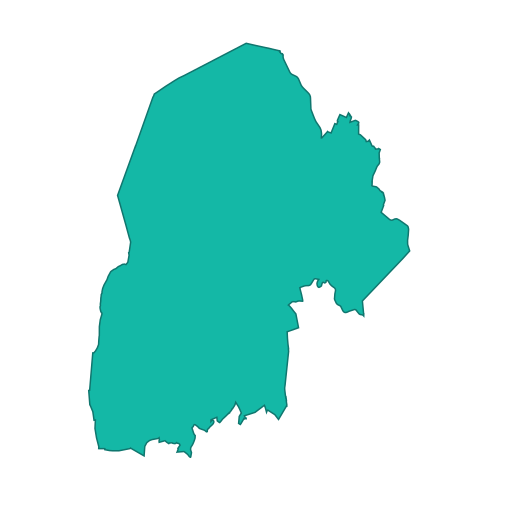 the district of Boxtel, Noord-Brabant, Netherlands, rotated 96°
{"feature_id": "6326949B40744758531983", "entity_name": "Boxtel", "entity_type": "district", "adm_level": 2, "iso_a3": "NLD", "parent_name": "Netherlands", "parent_adm1": "Noord-Brabant", "projection": "robinson", "projection_center": [5.329, 51.589], "detail": "fine", "context": "isolated", "style": "filled", "palette": "teal", "viewbox_px": 512, "rotation_deg": 96, "n_neighbors": 0, "source": "geoboundaries", "source_scale": "gbopen_adm2", "svg_char_len": 5947}
<svg xmlns="http://www.w3.org/2000/svg" viewBox="0 0 512 512"><g transform="rotate(96 256 256)"><path d="M464.0,392.3L463.4,386.2L464.4,386.1L464.8,381.3L464.7,378.3L464.0,371.8L460.5,360.6L460.2,360.6L466.5,346.4L457.0,346.7L453.0,345.1L450.9,342.9L450.4,342.2L449.4,340.1L447.6,334.0L446.9,333.4L448.6,332.9L449.0,332.9L450.0,333.1L451.4,332.8L449.2,327.2L450.5,325.4L451.7,323.1L451.0,322.6L451.0,322.4L450.6,320.2L450.6,319.8L450.8,319.6L451.0,319.1L451.1,317.2L450.8,316.3L449.9,315.4L450.3,315.1L450.6,313.3L451.0,312.4L451.7,312.0L452.2,311.8L455.5,313.6L456.1,313.2L459.3,314.0L459.1,313.4L459.1,313.2L459.0,312.5L458.0,307.3L458.1,306.9L460.5,303.2L462.4,301.4L462.7,300.9L463.0,300.4L463.0,300.1L462.6,299.9L458.3,299.6L455.6,300.8L453.6,300.9L452.5,300.5L450.3,299.4L448.2,298.7L446.1,298.1L443.7,297.6L442.9,297.6L440.9,297.7L439.9,298.8L438.5,299.6L433.7,301.7L433.2,301.5L432.6,300.9L432.1,300.6L430.4,300.0L430.2,299.8L430.1,299.5L430.2,298.7L431.8,296.1L433.3,294.4L433.5,293.9L434.0,291.9L434.5,289.7L434.9,288.6L436.0,287.0L436.0,286.5L435.7,286.1L434.0,286.2L433.2,285.8L432.5,285.1L430.4,283.7L429.3,282.6L428.3,281.8L427.2,281.0L425.9,280.6L425.2,280.6L424.5,280.8L424.2,281.2L424.0,281.8L423.9,282.5L424.0,282.9L424.3,283.2L425.0,283.3L425.3,283.5L424.4,283.6L423.7,283.4L423.5,283.5L420.5,278.1L424.0,277.3L425.5,274.9L425.4,274.6L423.7,273.4L421.7,272.2L420.8,271.4L418.4,269.3L415.3,266.8L415.5,266.7L414.8,265.9L414.6,266.0L412.0,264.3L410.4,263.7L410.4,263.4L407.0,261.7L405.9,261.3L403.6,260.9L407.8,257.6L410.4,256.0L413.7,254.2L417.3,255.9L423.7,255.8L424.3,255.8L425.2,254.0L424.4,253.5L419.4,251.2L419.6,251.1L418.7,249.4L418.9,248.9L418.3,248.8L418.0,249.9L416.1,250.8L411.6,240.6L403.6,232.1L405.8,230.9L410.3,229.2L408.2,228.6L408.1,228.3L408.1,228.0L411.8,220.7L416.2,216.5L402.4,210.2L402.3,209.7L401.3,209.9L401.1,209.7L396.8,210.8L396.7,210.6L393.4,211.4L393.6,211.6L390.7,212.4L386.2,213.4L384.2,213.7L381.3,213.6L376.1,213.6L365.7,213.6L347.4,213.6L345.0,214.1L344.9,213.9L340.3,215.0L334.6,216.1L328.1,217.1L322.9,206.2L309.4,210.3L306.7,213.0L304.2,215.3L302.2,217.5L301.6,218.3L301.4,218.7L301.1,218.5L299.2,216.6L298.2,215.7L297.9,215.3L297.5,214.5L297.5,213.2L297.4,212.6L297.5,212.4L297.6,212.1L297.3,211.1L296.5,209.6L296.2,208.3L296.1,204.9L295.2,204.9L289.9,206.6L283.2,209.1L283.1,208.9L282.9,209.0L282.2,207.9L280.7,204.7L280.3,203.3L279.9,200.5L279.4,199.4L278.8,198.8L277.9,198.2L273.6,196.2L272.9,195.7L272.5,195.1L272.4,194.4L272.7,191.1L274.6,192.1L276.6,192.5L277.5,192.4L279.2,191.9L280.3,191.0L280.6,190.4L280.6,190.0L279.8,188.7L278.9,187.8L276.3,187.4L275.7,187.2L275.2,186.7L275.1,186.4L275.6,184.9L275.4,184.4L274.8,183.7L273.4,183.6L273.1,183.5L272.9,183.1L273.0,182.2L273.6,181.4L276.1,179.6L277.4,178.1L278.1,177.1L279.5,174.6L280.3,173.8L281.1,173.5L282.1,173.3L285.5,173.6L288.8,173.5L290.4,173.5L291.4,173.1L294.4,171.3L295.1,170.7L295.8,169.7L296.7,167.3L297.2,166.5L301.4,163.9L302.3,163.0L302.5,162.7L302.8,162.0L302.9,161.3L302.8,160.6L302.1,159.0L301.3,157.8L299.1,152.9L298.9,152.4L298.9,151.8L299.1,151.1L299.5,150.5L299.7,150.3L299.8,150.4L302.8,147.4L303.1,146.8L303.3,146.2L303.4,144.5L303.5,143.9L303.7,143.4L304.4,142.6L302.0,142.8L301.9,143.0L289.6,145.5L243.0,109.6L234.9,103.7L228.9,106.3L227.9,106.5L224.5,106.9L219.4,106.8L213.7,107.0L212.8,107.2L211.1,107.8L210.3,108.4L209.9,109.0L205.3,117.2L204.4,119.5L204.3,120.3L204.7,121.9L205.9,123.9L206.2,124.6L206.2,125.4L206.0,126.4L205.7,127.0L199.5,136.1L192.4,134.3L192.0,134.6L191.5,134.6L187.1,133.5L184.7,134.2L182.0,135.2L182.1,135.4L180.1,135.9L179.8,136.6L179.7,136.3L179.3,136.7L177.9,139.7L176.8,140.4L176.1,141.3L174.8,143.2L174.6,143.9L174.3,147.6L173.9,148.1L173.2,148.0L170.0,148.2L170.0,148.4L164.0,148.1L158.9,146.3L155.4,145.3L154.0,144.8L151.5,143.2L149.7,142.8L146.7,143.4L146.0,143.4L145.9,143.6L140.6,144.3L137.1,143.5L136.4,145.0L136.6,145.0L137.2,148.3L136.5,148.6L135.3,149.8L134.5,150.5L134.6,151.8L134.4,152.1L128.9,155.3L129.6,155.7L129.4,155.8L129.9,156.2L130.3,156.9L130.7,158.3L129.0,159.0L128.7,159.3L124.6,164.8L124.0,166.7L114.9,167.6L115.0,168.7L113.0,167.7L112.3,167.8L111.8,168.5L111.4,169.3L110.7,171.2L110.9,171.8L113.2,176.5L111.5,176.3L108.9,175.7L107.8,175.6L107.5,176.0L105.5,177.5L106.0,177.6L105.3,178.0L104.0,179.0L108.8,180.6L106.6,187.3L109.6,188.3L112.5,189.2L113.3,189.2L113.8,188.9L113.8,188.7L116.7,189.5L116.1,191.4L125.8,194.2L125.2,196.9L124.9,197.6L124.7,197.9L125.2,198.1L131.7,202.9L131.7,203.4L128.1,203.5L127.0,203.7L124.6,204.3L123.6,204.7L121.6,205.8L116.0,210.5L113.0,212.3L105.0,216.4L103.9,216.8L102.4,217.0L93.3,218.3L91.8,218.6L90.2,219.4L89.3,220.1L88.2,221.3L84.0,226.5L82.7,227.9L81.3,229.0L75.5,232.2L74.3,233.2L73.6,234.0L73.2,234.8L71.8,238.7L71.5,239.5L70.9,240.4L69.9,241.4L57.6,249.0L56.2,249.6L55.5,249.8L54.2,250.0L53.2,250.0L53.0,250.6L52.7,250.7L52.4,250.7L52.1,250.9L52.0,251.4L52.1,251.9L51.8,252.6L51.0,253.0L50.9,253.5L50.6,253.8L50.4,253.9L50.1,253.4L49.4,253.7L49.4,254.7L48.5,262.0L48.4,262.4L46.7,278.1L45.5,288.0L84.1,346.4L87.0,351.2L90.1,355.3L96.7,363.6L105.6,374.1L107.5,374.5L108.8,375.1L159.9,387.4L159.8,387.5L210.2,400.0L238.4,388.8L251.3,383.8L253.3,382.8L255.3,382.1L265.5,382.5L266.0,383.0L268.5,382.3L275.4,382.8L275.8,382.9L278.1,384.4L277.8,385.9L278.3,387.9L279.8,389.9L280.6,391.3L281.1,392.0L283.2,394.0L284.3,396.1L286.5,398.6L286.9,398.9L291.7,400.9L295.1,401.7L300.7,404.1L304.3,405.1L307.3,405.4L309.1,405.3L310.2,405.8L310.9,405.9L311.8,405.8L314.1,405.9L317.3,405.7L320.0,405.8L321.8,405.5L322.6,405.8L323.7,405.7L325.0,405.4L327.3,404.6L328.4,403.9L328.7,403.4L329.3,403.2L330.2,403.2L335.6,404.2L342.6,404.4L351.5,403.5L352.6,403.6L356.9,403.5L360.5,403.3L364.2,404.3L367.4,405.8L369.3,407.2L369.4,408.2L406.9,407.4L407.2,408.3L421.4,405.7L421.6,405.4L427.9,402.0L436.3,399.9L435.9,398.6L444.4,398.1L453.5,395.6L462.1,392.4L464.0,392.3Z" fill="#14b8a6" stroke="#0f766e" stroke-width="1.5"/></g></svg>